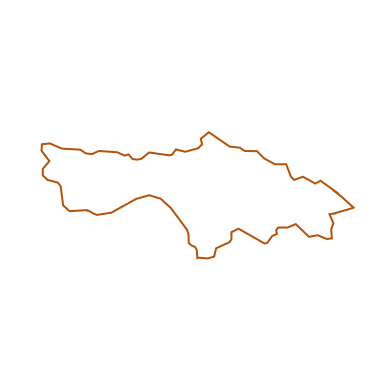 SVG path tracing the border of Dungannon, rotated 21°
{"feature_id": "GBR-2089", "entity_name": "Dungannon", "entity_type": "District", "adm_level": 1, "iso_a3": "GBR", "parent_name": "United Kingdom", "parent_adm1": "", "projection": "robinson", "projection_center": [-6.923, 54.449], "detail": "fine", "context": "isolated", "style": "outline", "palette": "amber", "viewbox_px": 384, "rotation_deg": 21, "n_neighbors": 0, "source": "natural_earth", "source_scale": "10m", "svg_char_len": 1277}
<svg xmlns="http://www.w3.org/2000/svg" viewBox="0 0 384 384"><g transform="rotate(21 192 192)"><path d="M220.7,251.8L217.1,244.3L214.7,242.3L210.2,242.0L207.2,240.7L203.8,232.5L201.1,229.2L177.8,214.4L165.1,209.5L153.3,210.3L142.3,218.5L124.0,240.3L111.6,247.4L108.5,247.5L101.9,246.5L100.5,247.1L100.4,247.0L100.2,246.6L84.6,253.8L76.5,250.7L67.3,233.7L63.4,231.3L52.8,232.5L46.8,230.0L44.4,223.9L47.8,214.3L36.7,207.4L34.8,201.2L41.9,197.6L55.0,198.1L72.5,192.5L78.9,194.0L85.0,192.5L90.3,187.1L107.9,181.7L116.0,182.2L119.2,179.7L124.7,182.5L129.4,181.4L133.0,178.9L137.8,170.5L157.6,165.9L159.8,164.6L161.8,158.0L171.2,156.9L182.1,148.9L184.3,143.9L181.1,139.2L186.3,130.2L210.9,136.1L220.7,133.5L226.7,134.8L238.0,130.6L247.3,134.8L259.5,136.4L270.0,132.3L279.0,142.4L283.0,144.1L290.1,138.0L304.1,140.0L307.9,135.4L326.4,140.3L325.7,140.5L333.4,142.8L348.0,148.6L349.2,148.1L343.3,152.9L332.5,160.9L332.7,161.1L328.3,163.4L335.2,170.5L335.3,177.0L339.2,185.2L334.6,187.6L324.9,187.3L317.3,191.9L300.4,184.8L293.8,191.0L285.0,194.4L284.3,197.6L286.3,200.7L282.6,204.5L280.5,212.6L278.1,214.1L248.6,209.6L243.2,215.4L245.8,222.1L244.9,225.5L234.7,235.9L235.8,244.4L230.5,248.4L223.3,250.5L221.7,250.9L220.7,251.8Z" fill="none" stroke="#b45309" stroke-width="2"/></g></svg>